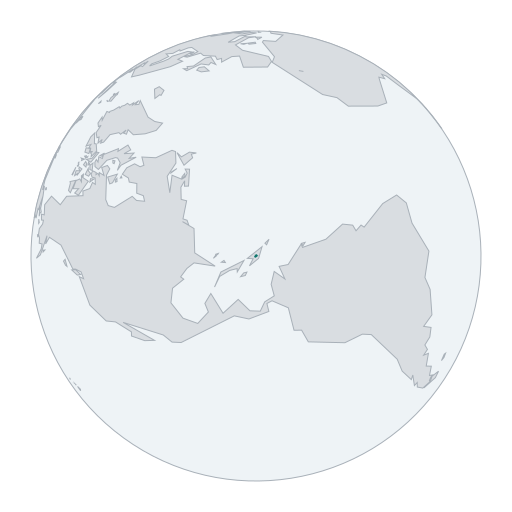 globe centered on Bahoruco, rotated 306°
{"feature_id": "DOM-1969", "entity_name": "Bahoruco", "entity_type": "Province", "adm_level": 1, "iso_a3": "DOM", "parent_name": "Dominican Republic", "parent_adm1": "", "projection": "orthographic", "projection_center": [-71.289, 18.493], "detail": "fine", "context": "on_globe", "style": "filled", "palette": "teal", "viewbox_px": 512, "rotation_deg": 306, "n_neighbors": 0, "source": "natural_earth", "source_scale": "10m", "svg_char_len": 9401}
<svg xmlns="http://www.w3.org/2000/svg" viewBox="0 0 512 512"><g transform="rotate(306 256 256)"><circle cx="256" cy="256" r="225" fill="#eef3f6" stroke="#a8b0b8"/><path d="M229.2,295.3L224.0,292.7L218.7,299.0L200.9,287.3L194.8,273.6L142.0,246.3L137.0,238.7L137.6,227.4L124.2,187.5L128.1,223.5L122.1,215.7L118.1,202.3L121.4,199.8L120.1,181.1L115.4,173.0L118.6,150.5L135.4,125.2L136.3,129.9L140.3,123.9L139.4,117.9L137.8,115.5L150.2,91.8L149.7,77.9L142.1,78.7L149.6,75.0L130.2,80.9L125.1,79.7L135.4,78.1L140.0,75.8L138.9,73.1L143.4,70.2L145.4,67.5L150.8,64.6L156.4,64.6L160.0,63.0L159.0,61.3L163.8,57.8L164.8,60.5L173.3,54.9L184.2,55.4L182.4,67.5L193.0,67.7L203.1,80.6L206.8,77.8L212.9,81.9L219.4,80.5L219.5,83.9L224.6,80.0L223.4,77.1L225.2,74.6L228.9,73.7L229.6,77.7L227.8,78.7L230.0,79.5L228.7,82.0L231.4,80.3L231.8,85.7L236.9,79.2L241.9,82.6L240.6,86.5L233.6,87.5L213.3,101.3L209.9,106.8L212.1,112.9L231.5,120.8L230.7,126.7L234.8,133.7L238.6,129.4L236.7,122.6L244.6,117.0L241.3,110.0L244.1,106.9L243.6,99.8L251.4,99.6L259.2,103.6L260.1,109.8L263.5,112.0L269.0,105.5L276.6,117.2L292.1,125.9L293.2,129.5L284.1,136.6L268.3,137.3L256.5,149.1L272.0,140.6L274.5,150.8L278.2,152.4L282.6,151.6L284.7,147.6L287.2,151.2L272.9,160.3L270.4,157.1L274.9,154.1L267.5,154.8L257.8,162.2L259.9,167.4L243.1,175.1L244.4,179.2L241.5,183.5L240.6,176.3L241.8,189.7L222.5,204.6L223.8,228.9L214.0,209.9L205.3,207.4L194.8,207.3L194.8,211.2L180.9,207.4L168.1,214.7L162.8,233.5L167.2,248.5L182.7,250.4L187.6,242.5L199.1,241.5L190.3,263.0L210.4,267.1L208.1,283.3L213.9,291.9L224.0,290.0L234.5,294.2L242.0,284.9L254.2,279.8L254.4,292.9L261.2,280.8L268.0,287.0L292.2,285.5L290.3,288.6L310.7,302.7L332.7,307.3L337.8,316.1L335.2,322.1L342.8,322.8L342.9,326.5L372.9,327.7L388.0,333.9L387.3,346.4L374.3,362.9L361.6,393.0L337.9,405.3L331.3,416.5L311.8,432.9L297.6,433.0L301.1,439.6L292.7,444.2L283.3,444.9L281.2,449.6L274.3,449.9L278.6,452.7L267.0,458.4L269.9,462.6L261.3,466.6L263.5,468.7L260.4,468.7L257.1,469.5L256.7,470.6L247.2,468.6L244.8,463.5L248.4,460.8L244.3,460.3L251.9,452.8L247.3,454.3L248.8,441.9L255.5,430.9L260.2,395.5L255.3,388.0L238.1,378.9L217.3,348.8L222.8,336.5L218.3,330.4L233.1,312.6L229.2,295.3ZM43.9,193.3L45.6,188.3L45.0,192.3L43.9,193.3ZM46.4,184.8L45.8,186.6L46.3,185.0L46.4,184.8ZM46.5,183.4L46.4,184.4L46.3,183.7L46.5,183.4ZM46.4,182.0L46.6,182.5L46.4,182.0ZM222.4,237.0L245.3,248.9L232.1,250.2L234.7,248.1L228.9,243.2L218.1,238.6L206.5,240.7L222.4,237.0ZM47.1,178.5L47.3,177.5L47.6,177.4L47.1,178.5ZM233.1,223.9L229.1,222.9L233.0,222.9L233.1,223.9ZM136.4,115.1L138.9,118.2L138.0,125.0L135.5,122.6L136.4,115.1ZM138.7,103.3L141.1,103.5L136.5,109.2L136.6,107.3L138.7,103.3ZM135.6,80.3L136.8,81.7L134.1,81.4L135.6,80.3ZM144.7,67.7L142.9,68.4L144.7,66.8L144.7,67.7ZM239.3,100.4L241.4,100.1L240.4,101.6L239.3,100.4ZM237.1,97.8L234.5,99.8L233.1,98.8L234.7,97.6L237.1,97.8ZM154.7,61.0L158.1,58.6L155.6,61.0L154.7,61.0ZM240.7,95.7L230.9,96.9L228.4,95.3L232.7,89.6L240.7,95.7ZM160.7,57.2L168.9,52.0L165.8,52.7L179.4,48.4L167.9,53.8L165.3,56.5L164.2,55.9L160.7,57.2ZM221.3,76.7L222.9,79.6L218.2,78.1L221.3,76.7ZM217.9,76.4L200.8,76.6L200.4,72.3L206.2,72.9L202.9,68.4L211.1,66.1L214.8,68.1L213.4,71.2L217.6,68.1L217.9,76.4ZM185.6,47.1L188.4,46.1L186.6,47.2L185.6,47.1ZM225.6,73.5L222.2,73.7L221.6,69.9L228.3,68.8L226.3,70.4L225.6,73.5ZM198.1,68.6L198.8,65.8L205.7,63.1L206.9,61.8L211.3,65.7L198.1,68.6ZM228.3,70.8L231.7,68.4L235.4,69.5L228.9,73.1L228.3,70.8ZM218.6,69.5L218.6,67.7L220.8,68.3L218.6,69.5ZM250.2,72.9L246.2,72.8L245.5,70.7L250.2,72.9ZM232.7,67.5L231.5,67.2L230.8,66.5L233.7,65.3L232.7,67.5ZM215.8,63.8L218.5,63.4L214.4,62.0L219.3,60.3L221.4,63.4L222.6,61.3L224.1,60.8L224.1,64.0L215.8,63.8ZM234.5,62.0L238.8,66.0L246.5,66.3L247.3,68.1L234.8,67.2L234.5,62.0ZM228.4,62.8L232.3,62.7L231.3,64.7L228.0,66.1L228.4,62.8ZM222.0,58.1L213.8,59.9L213.7,59.3L222.0,58.1ZM236.9,61.7L235.8,60.8L237.6,61.5L236.9,61.7ZM226.8,58.6L223.9,59.3L223.8,58.5L226.8,58.6ZM236.0,58.6L237.4,59.8L235.2,60.7L236.0,58.6ZM232.0,58.3L232.5,57.0L233.6,60.3L230.7,58.7L232.0,58.3ZM227.1,57.8L226.2,57.5L228.4,57.6L227.1,57.8ZM243.7,55.0L245.5,58.8L240.6,60.6L239.5,56.5L243.7,55.0ZM263.0,472.6L248.0,469.4L256.4,470.9L262.3,469.1L270.1,471.4L263.0,472.6ZM280.4,467.5L287.2,466.0L288.8,466.5L284.4,467.7L280.4,467.5ZM430.9,114.0L434.5,119.5L428.5,113.0L417.8,99.4L415.9,97.3L430.9,114.0ZM407.5,89.2L406.9,88.8L399.3,82.2L405.5,87.8L407.5,89.4L411.4,93.3L409.8,92.1L407.2,89.6L407.4,90.6L419.9,103.3L423.2,106.2L427.5,114.2L433.6,120.2L436.9,125.4L427.9,117.3L424.1,113.0L412.5,107.8L416.9,112.8L428.1,118.4L427.4,119.2L433.4,127.1L428.2,121.7L414.7,115.3L414.5,124.1L424.8,148.8L422.5,154.2L415.7,154.3L401.3,134.8L408.1,125.2L403.1,119.2L392.6,114.2L395.6,112.0L392.1,109.1L393.8,105.7L387.3,95.6L387.6,92.0L376.4,83.4L375.1,80.7L382.1,86.4L387.2,88.8L387.0,81.5L384.5,78.8L377.2,74.1L378.1,73.1L371.0,69.6L366.7,64.5L366.1,68.1L357.5,63.7L350.2,58.7L347.2,58.2L359.1,66.6L364.0,69.5L368.4,70.8L381.5,80.6L383.4,84.3L369.2,77.2L370.4,82.1L358.8,75.4L333.7,55.3L327.7,50.0L335.9,48.3L342.3,51.0L342.5,52.8L350.3,54.3L345.8,52.6L346.5,52.2L338.5,48.8L338.7,48.4L330.8,46.2L330.0,45.3L335.0,46.7L322.6,41.9L318.7,40.1L315.8,39.3L313.8,39.0L310.3,37.4L308.3,37.0L308.7,37.2L305.0,36.7L297.2,35.4L296.4,34.9L299.1,35.3L303.6,35.8L306.8,36.5L322.7,40.8L338.1,46.2L353.2,52.8L367.7,60.4L381.7,69.0L394.9,78.7L407.5,89.2ZM302.8,35.6L297.7,35.0L293.2,34.4L294.9,34.3L294.0,34.3L291.5,33.9L288.3,33.2L286.0,33.3L259.6,32.1L250.8,31.4L255.3,31.0L236.0,31.9L227.5,32.5L227.9,32.6L219.0,34.0L221.5,33.7L221.0,33.9L199.2,39.2L193.5,40.6L184.5,44.3L184.7,44.6L188.4,43.6L179.4,48.4L165.8,52.7L166.0,51.9L157.3,55.8L159.1,53.6L156.5,54.2L163.6,50.6L168.6,48.3L170.1,47.9L169.6,47.9L185.5,42.0L201.8,37.3L218.4,33.9L235.3,31.7L252.2,30.8L269.2,31.1L286.1,32.7L302.8,35.6ZM468.2,331.7L470.2,325.7L475.5,306.7L477.8,294.6L477.9,272.4L478.2,255.6L476.9,250.9L475.1,255.9L472.9,250.3L471.2,252.3L456.7,271.8L448.9,266.4L431.5,242.6L431.7,228.4L425.8,215.0L422.2,155.3L428.1,153.8L432.8,135.5L434.6,135.3L441.2,145.8L450.6,147.9L445.0,137.2L446.3,135.5L445.4,134.0L453.5,147.6L460.6,161.7L466.7,176.4L471.8,191.4L475.8,206.7L478.7,222.3L480.6,238.1L481.3,253.9L480.9,269.7L479.3,285.5L476.7,301.2L473.0,316.6L468.2,331.7ZM431.2,181.7L433.2,185.9L431.2,181.7ZM292.9,285.3L295.9,287.7L292.0,288.0L292.9,285.3ZM230.2,255.7L235.1,256.0L237.6,258.1L233.9,258.8L230.2,255.7ZM271.6,255.7L277.2,256.7L271.3,258.0L271.6,255.7ZM249.0,250.4L267.1,255.4L255.6,259.5L244.2,256.5L252.1,255.3L249.0,250.4ZM230.6,231.6L233.6,232.7L232.7,235.1L230.6,231.6ZM236.0,224.0L234.8,224.1L233.3,222.1L236.0,224.0ZM275.3,150.2L276.6,149.6L281.0,149.8L278.9,151.5L275.3,150.2ZM300.9,141.1L304.3,147.2L300.4,143.8L298.2,147.0L287.1,144.4L293.2,131.3L292.4,137.4L300.9,141.1ZM274.0,138.1L280.3,140.6L273.1,138.4L274.0,138.1ZM371.5,98.8L375.0,99.1L378.7,103.0L378.2,109.3L372.8,103.5L371.5,98.8ZM379.1,98.7L365.2,91.0L364.9,87.3L367.4,90.6L368.7,88.9L373.0,93.8L386.4,98.6L390.5,102.5L387.3,110.9L386.1,105.8L382.8,105.5L379.1,98.7ZM330.0,83.4L324.0,81.6L331.3,75.8L336.1,78.2L335.9,84.2L330.1,84.8L330.0,83.4ZM250.1,86.0L247.3,86.9L247.1,85.6L249.3,83.9L250.1,86.0ZM248.4,73.0L262.0,81.6L259.5,82.8L270.5,87.2L268.2,92.3L261.2,89.1L267.6,96.8L260.4,96.0L265.5,101.0L250.0,93.4L243.8,93.5L251.6,91.3L253.9,86.5L253.0,84.5L245.8,79.1L233.4,77.6L233.7,73.2L237.2,70.5L240.2,70.1L239.1,73.0L243.9,70.5L244.6,74.4L248.4,73.0ZM278.0,49.8L275.4,51.8L285.3,50.4L286.0,53.1L287.1,52.8L290.4,55.1L296.4,57.6L295.7,58.9L298.3,59.3L300.6,61.1L304.0,62.3L303.9,65.2L308.0,66.9L305.6,67.4L312.8,69.8L307.4,69.4L309.8,72.1L313.7,71.0L304.9,87.0L305.3,95.0L308.6,102.3L298.9,101.4L289.7,94.5L282.0,85.5L283.0,78.3L278.4,79.6L277.6,76.7L281.5,76.9L274.9,74.9L275.2,72.6L268.4,66.6L258.6,65.8L255.9,63.9L259.9,63.1L254.4,61.8L260.0,59.1L258.2,57.8L262.0,54.1L270.7,53.9L268.0,52.5L270.7,50.0L278.0,49.8ZM245.0,53.9L255.3,52.3L260.7,53.2L251.9,59.2L252.8,60.8L247.3,65.4L239.5,64.2L241.8,62.9L242.2,61.4L244.5,62.4L243.0,60.5L246.1,58.9L245.7,57.1L249.2,56.9L245.0,53.9ZM432.2,130.1L432.8,129.2L432.7,126.9L436.5,132.2L432.2,130.1ZM423.3,125.9L423.2,124.1L428.5,129.7L427.8,130.9L423.3,125.9ZM418.6,118.7L422.7,123.6L420.1,121.7L418.6,118.7ZM381.5,84.8L380.8,83.0L382.5,83.9L385.0,86.2L381.5,84.8ZM307.4,48.4L305.0,48.9L303.7,48.3L296.0,47.7L294.9,45.9L299.1,45.6L307.4,48.4ZM435.2,119.5L435.2,119.4L435.2,119.5ZM438.2,126.3L439.0,125.8L439.3,127.7L438.2,126.3ZM304.9,46.4L301.8,46.3L303.1,45.6L304.9,46.4ZM293.7,44.7L294.5,43.7L293.9,45.7L293.7,44.7ZM290.8,35.6L302.8,38.0L310.7,39.5L313.9,39.5L314.5,40.9L302.4,38.5L290.8,35.6ZM263.6,32.3L260.8,32.9L258.6,32.5L258.9,32.3L263.6,32.3ZM264.3,32.8L267.4,33.9L263.6,34.2L261.9,33.2L264.3,32.8ZM286.6,38.9L290.2,39.6L289.1,40.1L286.6,38.9ZM187.4,46.0L188.4,46.1L185.9,46.7L187.4,46.0ZM222.6,33.8L221.6,34.2L218.8,34.5L222.6,33.8ZM217.1,35.7L221.0,34.9L217.2,35.9L217.1,35.7ZM229.7,33.5L222.7,34.8L228.9,33.4L229.7,33.5Z" fill="#d9dde1" stroke="#a8b0b8" stroke-width="1"/><path d="M255.7,256.4L255.4,256.3L255.2,256.2L254.9,256.1L254.8,255.7L255.0,255.4L255.3,255.4L255.4,255.5L255.6,255.6L255.8,255.6L256.0,255.5L256.3,255.4L256.5,255.5L256.9,255.8L257.0,255.8L257.0,256.0L256.9,255.9L256.9,256.0L256.7,256.1L256.5,256.3L256.4,256.4L256.3,256.5L256.2,256.6L256.0,256.4L255.8,256.3L255.7,256.4Z" fill="#14b8a6" stroke="#0f766e" stroke-width="1.5"/></g></svg>